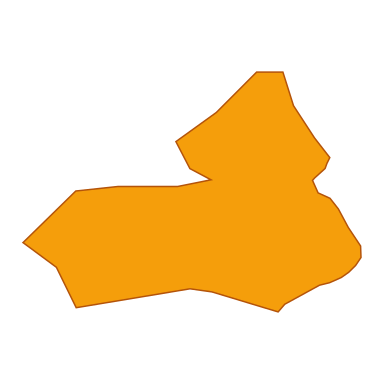 outline of Tervetes
{"feature_id": "LVA-5739", "entity_name": "Tervetes", "entity_type": "Municipality", "adm_level": 1, "iso_a3": "LVA", "parent_name": "Latvia", "parent_adm1": "", "projection": "robinson", "projection_center": [23.354, 56.45], "detail": "fine", "context": "isolated", "style": "filled", "palette": "amber", "viewbox_px": 384, "rotation_deg": 0, "n_neighbors": 0, "source": "natural_earth", "source_scale": "10m", "svg_char_len": 569}
<svg xmlns="http://www.w3.org/2000/svg" viewBox="0 0 384 384"><path d="M278.1,311.9L211.9,291.9L190.0,288.8L76.2,307.7L56.4,267.3L23.0,242.6L52.9,213.4L75.8,191.0L117.9,186.5L177.6,186.5L211.0,179.8L189.9,168.6L175.9,141.6L216.3,112.5L256.6,72.1L282.9,72.1L293.5,105.7L314.5,137.9L329.8,157.6L326.9,163.5L325.1,168.5L314.8,177.8L312.5,180.4L318.1,192.9L330.0,198.3L338.4,209.0L348.3,227.5L360.6,246.0L361.0,257.5L355.6,265.5L348.8,272.2L341.3,277.5L329.6,282.7L319.5,285.2L284.8,304.2L278.4,311.6L278.1,311.9Z" fill="#f59e0b" stroke="#b45309" stroke-width="1.5"/></svg>